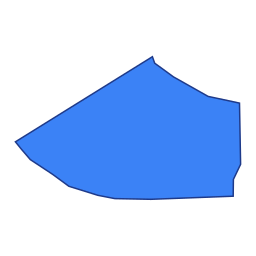 40, Ad Dawhah, Qatar (Albers equal-area conic projection)
{"feature_id": "91078587B42486259491848", "entity_name": "40", "entity_type": "district", "adm_level": 2, "iso_a3": "QAT", "parent_name": "Qatar", "parent_adm1": "Ad Dawhah", "projection": "albers", "projection_center": [51.511, 25.262], "detail": "fine", "context": "isolated", "style": "filled", "palette": "blue", "viewbox_px": 256, "rotation_deg": 0, "n_neighbors": 0, "source": "geoboundaries", "source_scale": "gbopen_adm2", "svg_char_len": 337}
<svg xmlns="http://www.w3.org/2000/svg" viewBox="0 0 256 256"><path d="M15.4,141.8L21.3,149.1L30.3,159.6L52.7,174.4L68.9,186.3L97.8,195.3L114.8,198.6L150.9,199.3L233.2,196.2L233.2,195.3L233.4,179.4L240.6,164.3L239.5,103.1L208.1,96.4L173.5,76.9L154.7,63.2L152.4,56.7L15.4,141.8Z" fill="#3b82f6" stroke="#1e3a8a" stroke-width="1.5"/></svg>